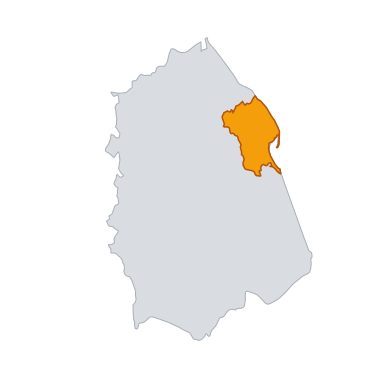 Pomeranian on a map of Poland (Robinson projection), rotated 68°
{"feature_id": "POL-3140", "entity_name": "Pomeranian", "entity_type": "Voivodeship", "adm_level": 1, "iso_a3": "POL", "parent_name": "Poland", "parent_adm1": "", "projection": "robinson", "projection_center": [18.491, 54.136], "detail": "fine", "context": "in_parent", "style": "filled", "palette": "amber", "viewbox_px": 384, "rotation_deg": 68, "n_neighbors": 0, "source": "natural_earth", "source_scale": "10m", "svg_char_len": 6268}
<svg xmlns="http://www.w3.org/2000/svg" viewBox="0 0 384 384"><g transform="rotate(68 192 192)"><path d="M317.4,206.3L319.0,208.7L319.6,210.7L319.0,212.2L319.3,213.7L325.1,220.2L327.4,225.0L328.8,226.8L332.0,229.2L332.3,230.2L331.1,231.1L329.3,231.5L328.8,232.3L330.8,234.6L332.3,238.3L332.2,241.4L331.2,242.2L329.9,244.0L329.0,245.7L321.7,246.8L319.9,248.6L316.0,252.1L313.3,254.1L309.3,257.7L302.9,263.9L293.7,274.5L292.2,277.0L292.5,279.0L294.3,283.7L294.7,285.8L294.5,287.8L294.0,289.5L294.1,290.3L298.2,293.6L298.4,294.2L298.0,295.1L297.2,295.8L294.1,295.1L290.5,293.7L289.4,293.9L287.5,293.6L279.7,291.0L274.4,288.9L273.9,287.6L272.8,285.7L270.6,284.1L265.5,282.7L263.4,281.6L255.1,281.0L251.5,280.9L249.0,281.4L247.4,281.4L245.2,284.2L243.6,285.0L241.4,285.1L239.4,284.6L237.4,283.1L234.1,282.3L231.8,282.7L230.1,282.4L228.6,282.3L228.1,282.6L226.9,282.6L225.2,283.3L223.3,284.3L221.2,285.0L219.6,286.7L218.2,289.9L214.1,288.5L212.8,289.1L210.9,289.5L209.6,289.1L209.9,288.0L210.4,286.7L210.4,285.0L210.0,283.0L208.8,282.4L206.9,282.2L205.9,281.8L205.8,281.1L204.8,280.3L203.2,278.2L201.6,275.6L200.5,274.8L198.9,276.1L196.5,277.5L195.0,278.0L192.1,282.0L187.0,282.2L186.6,280.3L186.1,278.5L183.1,278.0L183.0,276.9L182.3,274.3L176.3,269.0L175.5,266.9L175.8,266.0L175.3,264.6L174.0,263.8L169.2,262.8L168.0,263.4L166.9,262.8L165.2,261.5L162.1,260.5L161.8,260.0L160.7,259.1L160.1,259.0L159.7,259.5L158.9,260.3L155.7,261.3L154.5,260.9L153.4,260.0L152.1,258.2L150.2,256.7L148.7,256.1L147.8,255.3L147.6,254.7L151.1,253.4L151.8,252.0L151.4,249.6L150.9,249.3L149.5,250.1L146.7,250.9L144.0,251.2L142.7,251.2L135.3,246.8L130.4,245.5L127.5,245.1L127.2,245.5L128.5,248.0L130.7,251.0L130.6,251.8L126.4,253.6L124.6,254.7L123.0,256.1L121.7,256.8L120.6,256.6L119.4,255.9L116.3,251.4L112.5,248.0L112.0,247.2L110.8,247.0L109.1,246.2L108.5,245.2L109.4,244.1L110.6,243.1L112.7,242.5L113.4,241.9L113.7,241.0L114.5,239.9L114.3,239.4L112.9,238.2L110.7,236.9L104.5,237.9L102.9,238.5L101.9,237.7L101.2,236.4L99.7,236.2L97.6,235.1L95.1,234.0L92.6,233.6L87.6,232.0L85.6,231.9L84.5,231.4L83.3,230.2L82.3,228.9L81.9,226.2L78.1,225.0L74.4,224.2L74.1,224.6L74.2,227.3L74.0,228.7L71.5,229.6L69.1,229.7L69.2,229.3L72.2,224.4L73.6,221.3L75.2,215.7L73.5,211.3L73.1,209.2L72.3,208.2L67.2,206.1L66.8,205.3L67.7,202.4L67.3,201.2L66.1,199.9L64.6,197.3L64.0,195.1L66.1,192.5L67.6,188.0L68.4,186.2L67.1,185.2L66.8,183.8L67.2,181.8L66.5,180.3L64.8,179.3L63.6,178.0L63.1,176.4L63.6,173.8L65.1,170.4L62.2,166.2L55.1,161.3L51.7,157.9L52.0,156.0L53.6,154.2L56.4,152.6L58.6,149.8L59.9,146.5L60.0,143.5L57.1,133.8L56.6,131.4L56.1,127.6L62.4,129.7L65.0,130.9L64.7,129.6L64.2,128.4L64.6,126.8L64.5,124.3L58.8,123.1L55.0,122.6L54.6,120.9L55.0,119.8L56.0,120.5L59.8,120.7L69.0,117.4L84.9,113.1L101.8,109.0L105.8,108.6L109.8,107.7L111.2,106.2L112.7,105.2L115.0,102.5L120.2,98.3L129.1,96.8L132.5,94.9L139.5,92.1L155.5,89.0L162.2,88.3L168.7,88.2L174.5,90.7L180.7,93.7L181.8,95.5L178.5,94.4L173.6,91.7L171.8,91.6L176.0,99.8L178.2,102.7L182.8,104.9L186.7,105.6L198.6,104.3L202.8,102.6L204.0,101.7L205.1,102.1L220.6,103.1L274.7,105.2L290.2,105.6L291.1,105.3L292.7,104.0L294.6,104.1L296.9,105.0L298.0,105.6L298.5,106.4L298.8,107.2L300.0,107.4L302.3,108.0L305.5,109.5L307.9,110.9L310.3,112.9L311.1,115.2L311.3,117.8L311.2,119.5L314.9,132.3L320.6,144.0L322.7,149.6L323.6,152.6L324.3,157.0L324.6,160.0L324.7,161.8L324.3,164.1L322.8,165.5L312.7,169.5L310.9,170.8L307.9,173.9L305.3,177.1L304.6,178.2L304.5,179.0L305.1,180.0L308.8,181.7L312.5,183.1L313.8,184.2L316.5,185.5L317.6,186.7L318.1,187.7L318.2,190.1L317.0,193.4L317.6,195.9L316.4,197.6L315.5,199.4L315.4,202.7L317.4,206.3Z" fill="#d9dde1" stroke="#a8b0b8" stroke-width="1"/><path d="M204.1,101.8L204.7,102.2L206.1,102.5L208.2,102.6L207.8,102.6L207.8,102.8L207.9,103.2L208.0,103.3L207.5,103.4L207.3,103.7L207.2,104.1L206.9,104.3L206.5,104.4L206.2,104.5L204.4,105.5L203.3,105.6L202.9,105.7L200.7,106.7L200.4,106.8L200.0,107.0L199.3,107.5L198.6,108.3L198.5,108.5L198.3,108.7L197.8,109.6L197.4,109.9L197.4,109.4L197.5,109.0L197.7,108.7L198.0,108.5L198.0,108.2L197.4,108.3L194.9,108.0L194.2,108.6L194.0,109.8L194.7,111.2L195.2,111.9L195.5,112.8L195.2,113.5L194.8,114.1L193.6,115.0L193.1,115.5L193.2,116.2L193.7,117.7L194.7,118.9L196.0,119.5L197.4,119.6L198.1,120.3L197.6,121.7L198.6,122.1L201.3,121.9L202.7,122.2L202.6,122.8L202.6,123.4L202.3,123.9L201.8,124.3L201.4,125.3L201.0,125.7L201.0,126.2L199.4,126.8L197.2,126.6L196.0,127.2L195.0,128.0L191.0,133.8L189.5,134.3L186.3,134.5L184.8,134.0L183.9,133.6L182.1,132.2L181.7,131.9L181.3,131.6L180.7,131.4L178.5,131.1L176.9,131.5L175.9,132.1L173.5,131.0L168.5,130.4L167.6,129.7L166.8,128.9L165.8,128.8L161.1,129.4L157.6,128.9L156.9,129.3L155.7,130.9L153.8,131.4L152.9,132.1L152.8,132.5L152.7,133.0L152.6,133.8L150.9,134.3L147.1,133.5L146.0,133.6L145.3,134.4L144.6,135.6L143.7,137.8L142.9,138.2L141.7,137.0L140.2,136.4L134.6,136.2L133.0,135.5L131.8,133.9L130.5,132.7L130.1,128.8L131.2,127.9L132.1,126.8L131.8,126.1L131.3,125.4L130.7,125.2L130.7,124.5L132.1,124.1L133.6,124.2L133.1,123.4L132.5,122.7L131.7,122.1L130.7,120.5L130.0,119.9L128.9,119.3L128.9,117.3L128.7,115.4L127.0,111.3L130.8,110.6L131.3,110.1L131.2,109.2L130.6,108.7L130.3,108.1L130.6,107.5L131.3,106.9L131.6,106.0L131.4,104.3L130.6,103.0L128.3,100.5L126.4,97.6L128.4,96.9L129.6,96.8L130.6,96.5L133.3,94.3L141.6,91.4L152.0,89.9L156.7,88.7L164.0,88.2L168.5,88.2L169.2,88.4L170.1,89.1L170.5,89.2L171.1,89.3L180.5,93.5L182.2,95.2L182.5,95.6L182.8,96.1L182.8,96.6L182.3,96.8L182.2,96.6L182.0,96.4L181.9,96.1L181.4,95.9L181.0,95.2L180.6,94.8L179.3,93.1L179.0,93.0L178.0,92.9L177.8,92.8L177.5,92.5L176.8,92.2L175.1,91.4L173.5,90.8L173.2,90.5L172.4,90.0L172.1,89.9L171.8,90.1L171.6,90.2L171.2,91.3L171.2,91.5L171.2,92.0L171.3,92.1L172.0,92.4L172.1,92.5L172.5,92.9L172.9,93.6L172.8,93.9L172.7,94.1L172.7,94.3L173.1,94.6L172.9,95.3L173.2,95.6L173.7,95.5L174.2,95.0L174.0,95.6L174.2,96.1L174.6,96.5L175.3,98.1L175.5,98.5L175.4,99.3L175.4,100.7L175.6,102.0L176.0,102.6L176.4,102.7L177.3,103.2L177.7,103.3L178.1,103.4L178.5,103.5L178.9,103.7L179.1,104.0L179.5,104.5L184.2,105.6L185.2,105.6L186.1,105.3L186.3,105.5L186.6,105.6L187.4,105.8L197.7,104.6L200.0,103.8L201.1,103.6L202.0,103.3L203.6,101.9L204.1,101.8Z" fill="#f59e0b" stroke="#b45309" stroke-width="1.5"/></g></svg>